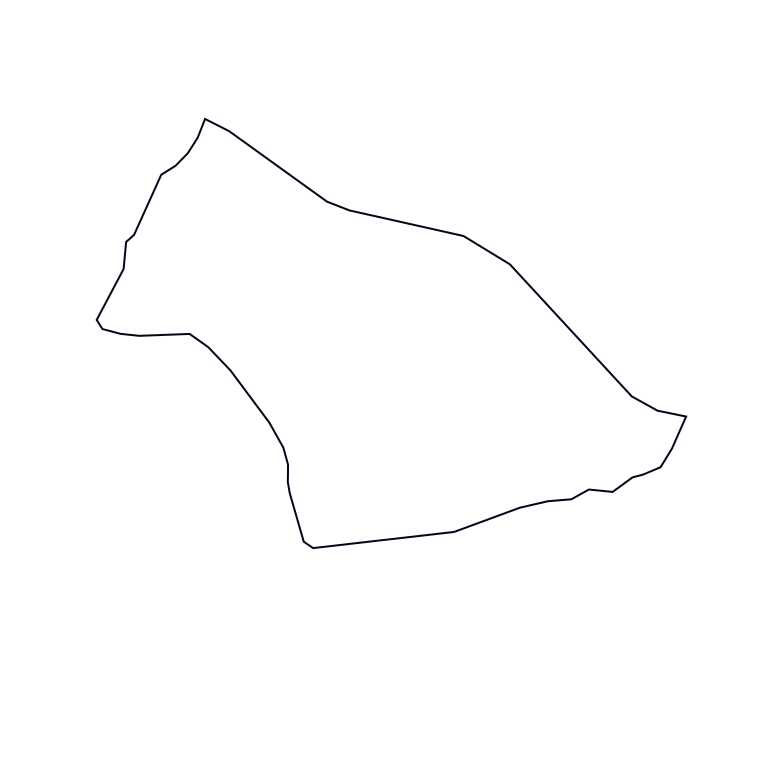 an SVG outline of Kranjska Gora, rotated 22°
{"feature_id": "SVN-1014", "entity_name": "Kranjska Gora", "entity_type": "Municipality", "adm_level": 1, "iso_a3": "SVN", "parent_name": "Slovenia", "parent_adm1": "", "projection": "orthographic", "projection_center": [13.827, 46.45], "detail": "fine", "context": "isolated", "style": "outline", "palette": "ink", "viewbox_px": 768, "rotation_deg": 22, "n_neighbors": 0, "source": "natural_earth", "source_scale": "10m", "svg_char_len": 651}
<svg xmlns="http://www.w3.org/2000/svg" viewBox="0 0 768 768"><g transform="rotate(22 384 384)"><path d="M91.7,348.9L96.4,339.3L99.1,273.4L109.0,259.7L115.6,243.7L119.0,225.5L118.8,205.3L145.7,207.6L262.9,236.3L287.1,236.0L402.3,217.0L455.9,225.9L618.4,302.7L647.6,306.3L676.3,301.0L675.2,336.0L671.6,357.5L658.2,370.9L649.4,377.5L636.4,398.4L613.5,405.1L600.9,420.7L579.7,431.4L556.3,447.8L504.4,494.9L379.7,562.7L368.7,560.3L337.4,520.4L331.6,511.0L325.3,494.8L314.6,480.8L292.2,462.8L236.5,428.9L207.3,415.7L185.0,410.4L139.1,431.0L120.9,436.2L102.4,438.5L93.6,432.2L99.5,374.9L91.7,348.9Z" fill="none" stroke="#020617" stroke-width="2"/></g></svg>